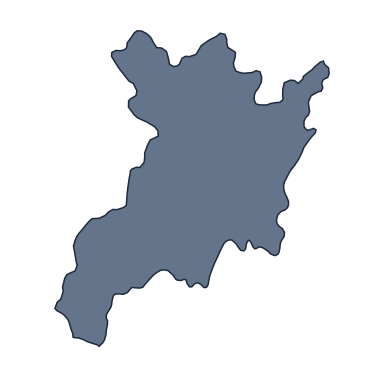 Kletsk, Minsk, Belarus, rotated 94°
{"feature_id": "67162791B94687657655016", "entity_name": "Kletsk", "entity_type": "district", "adm_level": 2, "iso_a3": "BLR", "parent_name": "Belarus", "parent_adm1": "Minsk", "projection": "equal_earth", "projection_center": [26.695, 52.952], "detail": "fine", "context": "isolated", "style": "filled", "palette": "slate", "viewbox_px": 384, "rotation_deg": 94, "n_neighbors": 0, "source": "geoboundaries", "source_scale": "gbopen_adm2", "svg_char_len": 3550}
<svg xmlns="http://www.w3.org/2000/svg" viewBox="0 0 384 384"><g transform="rotate(94 192 192)"><path d="M345.2,300.5L345.5,298.7L345.5,295.0L347.0,289.6L348.6,286.0L349.7,281.8L351.0,276.1L352.4,273.8L350.7,272.4L348.8,270.6L345.9,269.1L340.6,267.9L335.3,267.8L329.8,267.1L326.1,267.3L323.9,268.8L320.4,268.9L316.8,267.1L313.1,265.1L310.0,264.3L305.4,264.1L300.8,263.1L299.4,261.9L298.8,259.3L298.8,256.3L298.8,253.6L298.3,252.1L296.8,249.4L294.3,247.6L291.5,245.4L291.5,240.3L291.5,237.3L290.4,234.4L287.3,232.4L282.2,228.4L277.8,224.9L274.7,221.4L272.3,217.9L271.6,214.3L272.1,210.5L274.7,207.1L276.9,204.5L280.0,202.3L280.9,200.7L281.1,196.7L279.7,194.0L280.0,192.0L283.9,190.4L286.8,188.0L286.6,185.5L284.1,183.7L282.4,181.2L282.4,179.1L283.9,176.4L286.5,173.3L286.1,170.9L283.2,169.4L279.5,169.1L274.4,168.4L269.2,167.0L260.8,164.3L254.9,162.0L248.9,159.8L241.5,156.7L239.3,155.2L237.3,152.0L237.1,149.0L238.4,147.2L240.8,144.2L243.6,142.3L246.7,139.4L247.1,136.1L245.2,134.6L242.8,134.3L239.7,134.1L236.2,132.5L237.0,130.5L239.0,129.3L242.7,127.2L244.3,125.4L243.8,123.6L242.1,121.7L242.3,118.8L243.2,116.4L244.7,114.1L246.0,111.8L248.4,109.2L249.3,106.3L249.6,104.2L247.9,101.8L247.8,101.7L245.5,100.9L242.4,100.5L238.8,100.4L236.0,100.1L233.4,98.9L229.9,97.0L225.8,96.9L222.2,99.2L220.4,102.3L217.7,104.9L214.3,105.8L209.0,104.9L205.3,101.9L203.5,98.1L201.0,95.7L198.3,94.8L194.5,95.1L190.4,97.1L188.2,98.6L185.5,99.7L182.8,100.6L178.9,101.1L174.8,100.2L164.1,95.5L158.9,91.9L152.2,88.1L145.3,85.2L139.5,83.4L137.0,81.8L132.5,79.2L127.3,75.5L124.7,73.2L121.4,72.6L120.0,75.1L121.4,78.2L122.5,80.6L121.3,83.0L118.5,84.9L113.4,85.2L109.6,83.6L107.1,81.2L103.3,80.3L99.4,81.2L96.0,81.9L93.7,82.0L87.7,79.9L85.5,76.8L84.2,74.5L83.1,72.8L82.5,70.3L79.4,68.9L78.0,69.0L75.8,69.9L73.8,70.0L71.1,69.0L69.5,67.2L69.3,66.1L67.8,64.4L64.1,63.4L58.5,64.5L56.8,67.0L56.0,68.1L53.2,69.7L52.2,70.2L53.8,73.5L55.4,75.1L58.3,78.1L61.7,80.8L64.5,84.2L69.1,89.1L71.4,89.1L76.2,93.7L73.6,97.7L73.6,101.7L76.6,107.6L83.2,108.6L89.4,108.3L93.4,107.6L96.4,110.6L96.9,114.3L98.2,119.6L100.0,123.5L100.4,130.8L99.5,134.5L95.5,136.5L91.1,136.5L88.1,135.8L84.1,133.2L77.5,130.5L72.7,130.5L67.4,132.5L66.5,136.5L68.7,140.4L69.5,145.8L70.0,149.4L69.1,154.1L68.2,156.7L63.8,159.0L60.3,159.7L55.0,158.4L49.7,158.4L47.9,161.4L45.3,166.3L40.9,167.7L37.4,168.0L32.5,170.0L31.6,175.0L34.7,178.0L39.1,185.3L45.2,192.9L54.5,197.6L57.1,203.9L57.1,207.9L59.3,211.3L65.0,213.3L67.2,215.3L68.1,218.9L66.3,223.3L60.2,224.9L53.5,227.3L50.5,232.3L50.4,237.3L46.5,240.3L40.7,243.9L37.2,248.3L35.0,253.3L35.0,258.0L37.2,260.6L42.5,263.7L47.7,267.0L52.6,267.3L54.8,269.3L56.0,272.9L56.1,273.4L56.1,277.7L58.3,281.7L62.3,281.7L66.7,278.7L73.8,273.4L85.7,262.7L87.9,258.0L95.0,254.0L99.8,254.6L102.9,259.3L105.5,261.6L111.7,261.3L118.8,255.3L121.9,251.3L125.4,241.9L129.4,233.9L133.3,230.3L138.6,229.6L140.4,232.6L143.0,237.3L148.3,239.6L156.3,241.9L161.5,241.6L166.0,241.9L171.2,245.9L171.2,249.3L173.4,253.6L175.2,255.0L178.3,255.0L182.3,255.6L192.4,256.3L198.6,256.6L205.2,256.6L210.0,256.6L212.3,259.3L214.9,265.7L214.9,269.7L217.6,273.7L221.5,277.0L224.6,282.7L225.1,285.7L225.5,289.7L228.2,292.4L232.1,295.4L237.0,298.8L241.0,301.8L244.9,304.1L248.5,305.2L254.2,306.5L259.0,305.2L267.9,303.1L273.6,301.5L278.9,303.1L281.1,307.5L283.3,311.2L286.9,312.9L295.7,314.5L300.1,313.5L308.1,315.5L311.6,318.9L317.8,320.6L320.0,318.2L321.7,314.2L323.5,311.2L327.9,306.8L331.4,305.2L337.2,303.1L341.6,301.1L345.1,300.5L345.2,300.5Z" fill="#64748b" stroke="#1e293b" stroke-width="1.5"/></g></svg>